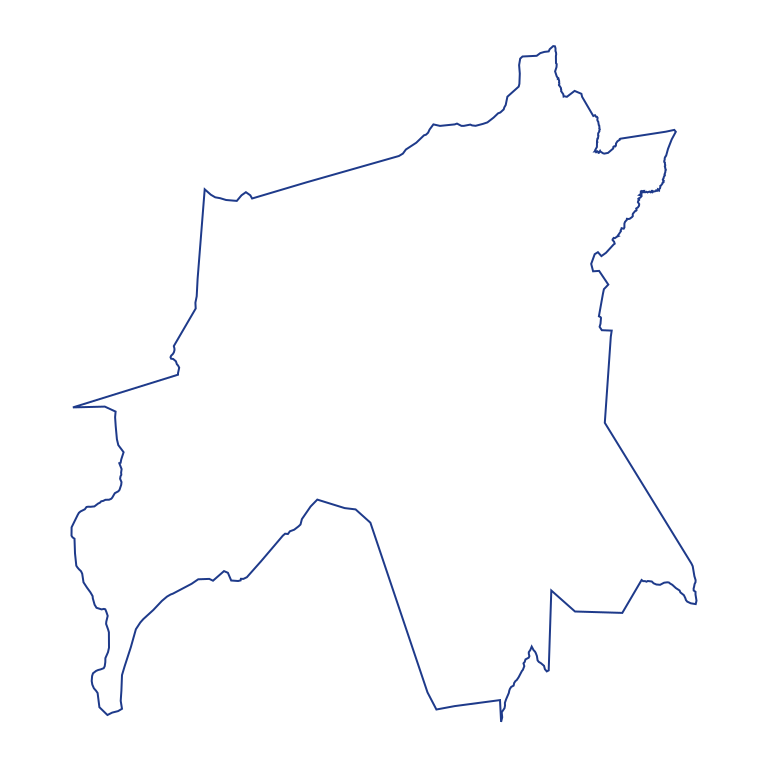 the district of Heroica Ciudad de Tlaxiaco, Oaxaca, Mexico
{"feature_id": "50627088B37412880496873", "entity_name": "Heroica Ciudad de Tlaxiaco", "entity_type": "district", "adm_level": 2, "iso_a3": "MEX", "parent_name": "Mexico", "parent_adm1": "Oaxaca", "projection": "natural_earth1", "projection_center": [-97.668, 17.235], "detail": "fine", "context": "isolated", "style": "outline", "palette": "blue", "viewbox_px": 768, "rotation_deg": 0, "n_neighbors": 0, "source": "geoboundaries", "source_scale": "gbopen_adm2", "svg_char_len": 6044}
<svg xmlns="http://www.w3.org/2000/svg" viewBox="0 0 768 768"><path d="M501.1,721.9L502.2,717.3L501.7,712.3L504.5,708.2L505.0,705.6L504.9,702.8L506.1,699.3L508.8,693.0L509.3,690.6L509.9,688.9L511.2,686.9L513.6,685.6L514.2,682.9L515.5,681.0L516.7,680.1L518.6,677.3L521.9,671.0L522.9,669.8L524.3,666.1L523.5,663.3L524.7,661.9L525.5,659.4L528.7,657.7L529.4,656.1L528.8,653.9L528.8,652.2L530.4,649.8L531.7,646.6L533.6,650.2L535.0,651.6L535.8,653.1L536.9,656.0L537.6,660.4L538.8,661.9L540.8,663.1L544.0,665.8L544.9,669.2L546.8,671.4L548.7,670.4L551.3,590.5L575.0,611.5L622.3,612.9L641.6,580.0L643.0,581.1L645.0,581.1L646.5,581.7L647.8,581.0L651.8,581.5L653.6,583.3L656.4,584.5L660.1,584.8L664.1,582.7L667.3,582.3L668.9,582.5L670.2,583.6L672.3,584.8L675.9,588.1L679.6,590.5L680.4,592.4L683.9,595.2L685.4,598.3L685.9,600.0L687.2,601.6L690.8,603.3L695.7,604.1L696.5,600.7L695.5,594.5L695.5,591.8L693.7,590.5L693.6,588.6L694.1,586.7L694.6,584.0L695.5,582.2L695.6,580.1L694.4,576.2L692.7,566.2L691.4,563.5L604.8,422.8L610.8,336.7L611.7,330.6L601.8,330.2L599.6,326.8L600.5,323.7L601.0,317.9L600.5,317.1L598.9,316.3L602.9,294.0L603.9,289.2L608.3,284.6L599.1,270.9L593.1,271.3L591.2,263.9L594.7,254.2L597.9,252.2L601.4,256.1L606.0,252.8L613.5,244.6L614.7,243.7L614.1,241.7L612.6,240.1L612.6,239.4L613.7,237.9L614.8,238.2L617.1,236.6L618.3,236.1L617.7,235.8L620.9,231.2L620.6,230.4L621.2,229.5L621.6,228.2L623.7,228.7L624.4,227.5L624.4,223.6L625.0,221.9L626.1,220.6L626.7,220.1L626.9,218.8L628.8,219.0L629.8,218.7L632.1,217.0L632.8,216.1L632.7,214.4L633.0,213.6L635.2,211.0L636.0,210.8L636.6,210.1L636.2,208.5L637.9,207.4L639.0,205.8L639.2,204.1L637.9,202.1L638.3,200.8L639.2,199.9L639.1,199.2L638.4,199.1L638.3,198.8L639.0,198.2L640.3,197.6L641.6,196.1L641.5,195.4L639.4,195.0L640.4,194.2L641.5,194.1L641.6,192.7L641.3,192.2L640.8,192.2L640.8,191.7L641.3,191.3L641.7,192.1L641.9,192.1L641.5,191.4L642.3,191.4L642.6,191.1L643.7,190.9L644.1,190.9L643.7,192.2L645.6,192.2L646.4,191.8L647.6,192.4L647.9,192.1L649.5,191.6L650.3,192.2L650.6,191.8L651.4,191.5L651.8,192.2L652.2,192.3L652.5,191.8L652.2,190.9L652.4,190.9L652.9,191.9L653.4,191.4L654.6,191.4L656.3,190.9L656.4,190.3L657.8,190.8L658.2,190.5L658.1,189.6L659.1,190.3L659.2,189.0L660.0,188.3L660.3,187.0L660.3,185.9L661.0,185.5L662.5,183.5L662.5,182.9L663.5,182.1L663.2,181.6L663.2,181.2L663.7,180.8L662.9,179.9L662.8,179.5L663.6,178.2L663.7,177.3L664.3,175.9L664.8,175.6L664.9,175.0L664.5,174.4L665.3,172.2L665.5,169.8L665.8,169.7L665.1,167.8L665.2,167.4L664.8,166.2L665.2,165.7L665.2,164.9L664.9,164.0L664.9,162.5L664.2,161.9L664.3,160.7L664.7,159.6L664.7,158.2L665.1,157.1L665.3,157.0L665.7,156.1L666.1,155.8L668.0,148.9L671.7,139.4L675.8,131.8L674.3,129.9L665.8,131.7L620.4,138.7L619.8,139.0L619.8,139.7L617.4,141.3L616.0,143.5L615.9,145.5L615.5,146.2L615.1,146.5L614.6,146.2L613.8,146.5L613.3,147.0L613.2,148.5L608.0,152.9L604.3,153.6L603.1,153.3L600.5,151.6L600.1,150.9L599.1,152.7L598.7,152.8L598.7,151.9L597.4,151.7L596.1,152.3L595.8,151.9L596.2,151.3L594.7,151.4L595.1,150.9L595.2,150.1L596.9,147.0L597.0,142.0L597.3,141.9L597.0,141.1L597.4,138.6L597.9,138.5L598.4,135.7L598.1,135.4L598.2,133.3L599.4,131.3L599.3,130.4L599.8,129.4L599.3,128.6L599.5,128.3L599.2,125.5L598.8,125.1L598.2,121.6L597.7,121.0L597.3,119.9L597.6,117.9L597.0,116.9L596.2,116.9L595.0,115.2L593.3,116.0L582.1,96.8L581.4,93.8L574.6,90.9L566.9,96.8L563.9,96.2L563.6,96.4L563.3,94.3L561.1,91.1L561.3,89.9L561.0,89.4L561.0,88.2L559.9,86.3L559.0,85.3L558.9,84.9L559.3,84.1L559.3,83.0L559.0,82.6L559.2,81.1L558.4,78.4L557.8,78.7L557.8,78.0L556.7,76.3L555.1,71.4L556.5,67.1L556.7,64.1L556.0,63.2L555.9,56.1L556.2,54.2L556.0,52.4L555.5,51.1L555.5,48.2L554.9,46.3L553.2,46.1L549.7,49.2L548.7,51.4L544.4,51.9L540.3,53.1L536.7,55.8L522.5,56.5L520.2,58.6L519.1,65.1L519.8,73.6L519.4,83.8L518.7,86.6L507.4,96.7L505.7,105.0L504.3,107.4L503.7,109.4L500.3,112.5L498.1,113.3L493.6,117.6L487.4,122.4L482.9,123.9L475.6,125.8L472.1,125.4L470.3,124.6L463.7,125.9L461.5,125.9L457.0,123.6L454.7,124.4L440.0,125.9L433.4,124.4L429.6,129.5L428.1,132.7L426.0,134.7L424.0,135.3L416.3,142.7L405.9,149.5L402.9,153.6L398.9,156.0L306.6,182.3L252.1,198.5L250.3,195.3L245.9,192.2L241.5,195.3L236.8,200.9L226.1,200.0L220.2,198.2L215.2,197.3L210.8,194.7L204.7,189.3L197.6,278.9L196.7,296.3L195.4,302.7L195.7,308.5L173.8,346.1L174.4,348.3L174.5,350.0L173.9,352.3L172.8,354.1L171.2,355.6L170.5,357.2L171.1,358.7L173.2,359.0L175.9,361.3L176.9,364.3L178.0,365.4L179.2,367.7L178.0,373.2L178.0,374.7L72.9,407.4L104.8,406.6L115.6,411.6L115.1,417.2L115.7,426.1L116.9,439.2L118.3,445.1L123.6,452.2L121.2,459.6L120.6,462.8L119.3,463.2L121.6,469.1L121.1,472.6L121.3,474.8L120.5,476.3L120.1,478.8L121.5,482.1L121.2,484.8L119.5,489.9L118.3,491.3L114.8,493.2L112.2,497.7L111.2,498.8L109.1,499.7L105.4,499.8L103.2,500.9L101.2,501.3L99.9,502.7L98.2,503.5L94.4,506.4L90.4,506.8L88.2,506.7L86.5,507.0L84.8,509.3L80.6,511.4L78.9,512.8L77.7,514.9L71.6,527.3L71.5,535.7L72.6,537.4L74.5,538.7L75.0,553.3L76.3,565.7L77.4,567.4L79.0,569.3L81.0,571.2L82.2,573.7L83.5,582.3L86.9,587.5L90.4,592.3L92.6,596.1L92.8,598.3L94.6,604.7L96.5,607.8L101.6,609.4L103.9,608.9L105.3,609.3L106.4,612.0L107.7,615.9L106.3,621.6L106.1,623.9L108.1,629.5L108.9,632.3L109.0,647.7L108.0,652.2L105.4,658.1L105.3,662.2L104.7,666.3L103.7,668.2L100.6,669.4L98.2,670.0L96.1,670.9L93.0,673.3L92.1,676.0L91.7,681.0L92.3,684.6L93.9,688.3L96.0,690.7L97.6,693.0L99.4,707.2L107.4,715.0L112.2,712.6L118.1,711.1L122.0,708.8L120.7,700.9L121.4,690.7L122.0,675.1L124.6,666.4L130.8,647.3L135.9,629.2L140.3,622.5L143.2,619.2L153.3,610.0L161.9,600.9L167.0,596.6L170.6,594.5L172.8,593.7L191.6,583.8L198.2,579.3L209.3,578.9L213.0,580.7L224.0,571.1L227.9,572.8L231.2,580.5L238.1,581.0L240.6,580.4L240.9,578.8L243.4,578.9L246.9,577.2L261.1,561.2L282.8,535.7L285.1,533.7L287.9,534.0L289.9,531.3L294.2,529.7L298.5,526.4L300.5,524.5L301.9,519.1L304.6,515.2L310.6,506.5L317.3,499.6L344.7,508.1L355.6,509.4L370.4,522.7L427.5,692.4L436.4,709.5L454.7,706.1L500.0,700.1L501.1,721.9Z" fill="none" stroke="#1e3a8a" stroke-width="2"/></svg>